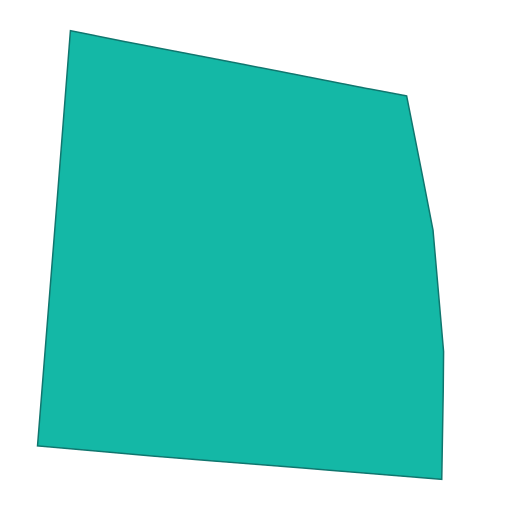 outline of Clarke, Mississippi, United States of America, rotated 275°
{"feature_id": "52423323B26987461690173", "entity_name": "Clarke", "entity_type": "district", "adm_level": 2, "iso_a3": "USA", "parent_name": "United States of America", "parent_adm1": "Mississippi", "projection": "orthographic", "projection_center": [-88.63, 32.027], "detail": "fine", "context": "isolated", "style": "filled", "palette": "teal", "viewbox_px": 512, "rotation_deg": 275, "n_neighbors": 0, "source": "geoboundaries", "source_scale": "gbopen_adm2", "svg_char_len": 426}
<svg xmlns="http://www.w3.org/2000/svg" viewBox="0 0 512 512"><g transform="rotate(275 256 256)"><path d="M428.6,392.1L432.3,355.0L432.5,352.0L444.1,243.3L444.1,242.4L445.5,229.7L454.3,144.1L458.0,108.2L458.0,107.5L464.3,51.5L298.5,53.0L47.8,54.9L47.7,173.0L48.1,233.3L48.9,321.6L49.0,350.5L49.7,460.5L137.5,454.3L177.1,451.2L297.1,430.1L351.9,414.4L428.6,392.1Z" fill="#14b8a6" stroke="#0f766e" stroke-width="1.5"/></g></svg>